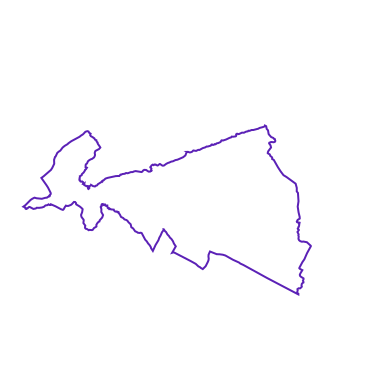 Songwe, Mbeya, United Republic of Tanzania (Albers equal-area conic projection), rotated 118°
{"feature_id": "72390352B69788666323478", "entity_name": "Songwe", "entity_type": "district", "adm_level": 2, "iso_a3": "TZA", "parent_name": "United Republic of Tanzania", "parent_adm1": "Mbeya", "projection": "albers", "projection_center": [32.779, -7.825], "detail": "fine", "context": "isolated", "style": "outline", "palette": "violet", "viewbox_px": 384, "rotation_deg": 118, "n_neighbors": 0, "source": "geoboundaries", "source_scale": "gbopen_adm2", "svg_char_len": 6087}
<svg xmlns="http://www.w3.org/2000/svg" viewBox="0 0 384 384"><g transform="rotate(118 192 192)"><path d="M99.1,157.4L99.1,158.8L99.9,158.6L101.5,160.0L103.8,162.5L104.9,163.1L108.5,167.0L109.2,168.4L111.0,169.9L111.2,170.6L111.5,171.0L112.3,171.2L113.2,172.5L115.3,174.0L116.1,175.7L118.6,177.6L119.0,178.0L119.4,179.6L120.4,180.1L121.1,179.5L122.1,179.4L122.4,179.6L124.0,181.8L124.4,182.9L125.4,183.1L126.6,184.3L129.6,186.5L132.1,188.9L132.3,189.9L132.7,190.2L134.5,190.3L136.6,191.9L137.1,192.7L137.9,193.3L138.5,193.4L138.9,193.7L139.1,194.5L140.1,194.9L140.7,195.7L140.6,196.7L141.1,197.1L142.0,197.1L142.7,197.6L144.5,199.5L145.0,200.5L146.3,201.2L148.2,203.1L151.3,205.1L151.9,206.3L153.8,207.7L154.7,210.3L155.1,210.5L156.2,210.7L157.6,211.8L158.2,212.8L158.4,214.3L158.8,215.0L158.8,214.7L159.1,215.1L159.9,215.4L162.8,215.0L165.5,216.2L170.3,220.0L171.6,221.6L173.9,223.3L174.9,224.6L176.8,226.0L177.3,226.6L179.1,227.9L181.8,229.2L182.4,230.0L182.6,230.6L182.3,233.4L182.5,233.7L184.7,234.7L184.9,235.4L184.8,236.9L185.2,237.2L185.2,237.8L186.3,238.5L186.2,239.4L187.5,240.2L189.2,240.3L189.5,240.5L189.9,240.3L189.9,239.7L190.4,238.8L191.7,238.5L192.1,237.7L192.6,237.8L193.2,238.5L193.7,238.6L194.4,239.9L194.1,242.9L194.9,244.6L196.1,245.3L197.3,245.4L198.1,246.0L200.0,251.6L201.1,252.9L202.2,253.7L203.2,255.4L205.6,257.5L206.2,259.1L207.4,260.0L207.1,259.4L208.9,262.0L210.4,262.8L210.0,262.6L210.2,263.3L212.0,263.7L213.6,266.6L219.2,273.2L220.8,274.7L223.1,275.5L223.6,276.0L224.4,276.0L224.2,276.3L224.5,276.5L225.9,276.8L229.4,278.8L230.6,278.9L231.3,279.4L231.7,280.0L232.7,280.3L233.3,282.3L233.2,282.9L233.1,284.5L233.6,284.4L235.3,285.4L236.8,284.5L237.4,284.8L237.9,284.8L237.9,285.2L237.2,285.9L235.7,286.9L236.5,288.2L236.3,288.9L236.5,290.0L236.3,290.7L235.2,291.0L235.9,291.3L236.1,292.1L235.1,292.1L234.4,292.7L234.5,293.7L234.3,294.1L235.0,294.8L235.0,295.6L234.4,296.3L234.5,296.7L234.1,297.2L233.1,297.3L232.7,297.8L231.0,298.1L230.7,298.4L229.0,297.3L227.9,297.6L225.6,296.8L222.8,296.6L222.5,296.8L221.6,296.3L219.9,296.2L220.1,297.6L218.3,298.5L217.5,298.7L216.0,298.1L213.8,298.3L212.0,297.6L210.5,296.6L209.7,295.8L207.4,294.7L205.5,294.8L204.3,295.3L203.3,296.2L201.5,296.6L200.7,296.3L197.8,294.3L195.8,293.8L195.3,294.5L193.8,297.5L193.3,298.2L192.6,298.6L192.4,299.5L191.9,300.3L191.2,300.7L191.3,302.3L190.4,303.5L190.5,304.3L190.2,305.2L190.2,307.5L189.5,308.7L188.1,308.9L188.0,310.6L187.2,311.7L187.3,312.7L188.1,313.7L188.9,314.4L192.2,315.3L194.5,316.6L196.0,317.2L203.8,322.4L207.2,324.1L208.1,324.3L211.1,326.1L213.5,327.1L217.3,327.7L218.9,328.6L220.7,329.3L224.8,329.1L225.3,329.4L228.3,328.9L231.8,326.9L236.4,326.7L238.7,326.9L247.8,330.4L250.3,331.6L254.3,323.7L255.7,321.2L258.6,317.1L259.2,316.3L260.0,315.8L262.2,316.3L262.0,315.8L262.6,315.7L264.4,317.2L265.1,317.4L266.0,318.8L268.5,321.4L270.5,326.3L270.9,328.3L271.2,328.6L272.9,329.8L274.8,330.8L281.8,332.9L284.1,334.0L284.0,332.2L284.8,331.3L284.9,330.5L284.6,330.1L283.8,330.1L283.5,329.5L282.0,329.0L281.4,328.3L281.4,324.1L279.9,322.2L278.8,321.7L277.8,319.6L276.1,317.2L274.6,315.8L272.9,315.2L272.3,314.7L271.7,313.7L270.2,312.8L270.4,311.9L270.0,311.0L269.8,310.7L269.1,310.8L268.7,305.8L268.7,299.5L268.4,297.6L267.5,297.2L264.9,297.2L263.2,296.9L263.2,296.2L262.4,294.7L260.3,292.9L259.3,292.4L256.2,291.6L255.7,290.5L256.3,289.1L257.0,288.8L257.3,288.3L257.5,284.3L258.0,281.9L258.5,280.5L261.5,279.5L264.2,279.2L265.0,278.7L266.0,277.7L267.3,274.8L267.7,274.4L270.4,273.3L271.8,270.4L273.3,270.0L274.1,269.3L274.3,268.5L274.0,267.6L274.2,265.2L273.6,264.8L272.6,262.4L272.0,261.9L269.8,261.6L267.5,260.2L267.2,260.2L266.0,261.0L264.2,261.0L262.2,260.5L261.5,259.9L260.2,260.2L256.7,259.3L254.1,259.7L252.2,262.7L249.6,264.0L248.1,265.6L247.6,265.6L247.4,265.2L246.8,265.2L246.0,265.8L245.2,265.9L244.9,265.7L244.6,265.3L245.1,265.0L245.1,264.1L244.3,263.7L244.4,263.3L244.1,263.0L244.6,262.7L244.6,261.9L244.1,262.0L244.4,260.6L243.9,260.3L245.6,259.0L245.7,258.6L245.2,257.9L245.9,257.2L245.5,256.8L245.6,256.4L245.3,256.3L245.3,255.1L244.3,252.8L244.9,252.2L245.3,251.0L245.1,250.0L244.5,249.3L244.9,248.3L244.8,248.0L244.3,247.9L244.2,247.4L245.1,246.6L245.7,245.2L247.3,243.0L247.3,240.4L247.9,238.8L247.5,236.6L247.9,235.0L248.5,234.0L249.3,231.0L251.6,229.0L251.8,226.9L253.4,223.7L253.2,222.1L253.4,220.8L252.8,219.1L252.0,218.1L251.9,217.1L256.1,210.9L256.8,208.8L258.0,206.7L258.9,204.3L260.0,202.5L260.8,201.8L262.4,198.9L255.9,199.3L250.4,199.0L247.6,199.4L245.4,199.3L241.6,199.6L239.1,199.2L238.3,199.7L238.2,199.4L239.3,197.3L239.5,196.1L241.0,193.8L241.8,191.4L242.6,190.2L243.1,188.2L244.4,185.7L246.0,183.8L247.6,180.8L255.0,181.0L253.9,179.9L253.8,179.2L253.6,160.6L253.7,155.0L254.7,151.3L254.6,149.8L254.9,148.7L255.0,146.3L251.1,145.1L246.4,145.2L244.5,145.4L242.9,146.0L241.4,147.1L239.7,147.9L236.1,148.2L235.3,141.0L234.0,138.3L232.9,135.3L232.4,132.7L232.6,124.0L232.2,117.3L232.5,115.8L232.3,112.4L232.7,85.2L232.5,50.0L231.9,50.3L231.7,51.3L231.1,52.1L229.2,52.5L228.3,53.3L227.0,52.7L226.3,51.3L224.7,50.7L224.0,50.6L223.0,51.5L221.5,51.9L220.3,51.6L219.6,51.1L219.0,51.4L218.3,52.4L216.5,52.6L215.9,53.0L215.7,56.0L215.4,57.1L214.6,57.9L213.2,58.1L209.2,57.9L209.2,60.6L209.0,61.4L208.6,61.6L202.1,61.6L198.7,61.2L192.0,61.7L184.1,61.6L183.7,61.9L182.4,67.0L183.5,70.5L184.3,71.6L184.6,73.3L184.3,74.8L183.4,76.0L181.2,76.9L180.3,77.8L179.3,78.0L177.8,80.1L175.5,79.8L175.2,80.0L175.0,81.1L174.6,81.5L173.3,81.3L172.9,81.6L171.9,81.5L170.4,82.0L169.9,82.7L169.3,82.4L168.6,82.6L169.3,85.1L168.9,85.6L167.0,85.6L164.9,84.4L163.5,85.2L160.0,88.3L155.3,91.8L150.2,93.6L143.1,98.0L142.3,99.8L139.2,101.4L136.0,104.4L134.4,115.6L134.2,119.1L132.2,123.4L129.7,127.9L125.3,134.8L125.2,136.8L124.2,137.2L123.7,137.9L123.4,139.7L122.3,141.0L122.2,143.3L121.3,143.7L119.9,143.8L115.6,143.1L114.0,144.5L112.9,146.7L112.2,146.9L110.7,145.6L109.7,143.2L108.8,142.4L107.8,142.4L106.4,143.7L106.6,144.5L106.1,145.5L106.3,147.9L105.3,150.6L104.8,151.6L101.9,153.8L101.2,155.7L99.1,157.4Z" fill="none" stroke="#5b21b6" stroke-width="2"/></g></svg>